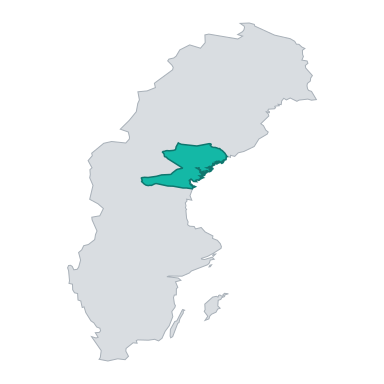 Sweden, with Västernorrland highlighted
{"feature_id": "SWE-191", "entity_name": "Västernorrland", "entity_type": "County", "adm_level": 1, "iso_a3": "SWE", "parent_name": "Sweden", "parent_adm1": "", "projection": "natural_earth1", "projection_center": [17.916, 63.083], "detail": "fine", "context": "in_parent", "style": "filled", "palette": "teal", "viewbox_px": 384, "rotation_deg": 0, "n_neighbors": 0, "source": "natural_earth", "source_scale": "10m", "svg_char_len": 9248}
<svg xmlns="http://www.w3.org/2000/svg" viewBox="0 0 384 384"><path d="M72.3,266.5L73.8,269.8L77.2,269.3L78.7,267.0L80.6,260.1L78.6,252.5L81.7,249.9L83.7,245.7L88.4,244.5L94.7,239.6L95.5,234.6L97.0,231.0L92.1,219.9L91.8,217.2L99.8,215.8L103.4,208.5L98.0,203.8L89.7,199.3L93.0,185.4L89.7,177.8L90.3,174.6L89.9,169.7L92.0,167.8L88.1,160.6L92.3,155.7L91.7,153.2L103.7,143.3L111.6,141.5L125.8,143.0L129.3,139.1L129.5,137.0L128.3,132.0L120.3,129.2L129.3,120.3L136.3,111.7L137.8,103.4L139.4,99.9L137.9,91.8L147.1,90.9L155.4,87.6L154.4,83.2L172.6,69.8L173.2,67.4L171.9,65.1L167.7,60.9L168.9,59.1L173.7,58.0L176.1,56.2L179.8,49.9L189.7,44.9L200.5,48.2L205.2,42.6L204.9,34.9L208.8,34.1L237.8,39.0L242.6,36.1L237.7,34.6L242.6,31.6L244.0,29.7L244.5,27.4L244.2,26.2L240.2,23.4L249.3,23.0L254.3,24.4L254.8,26.1L274.5,35.1L290.2,38.7L294.7,41.3L296.4,44.2L298.9,44.3L301.8,47.0L304.9,48.5L302.4,50.3L302.6,54.5L303.4,56.5L301.9,60.1L307.1,61.0L307.9,63.3L305.3,65.5L305.7,68.0L312.4,75.6L310.7,78.0L310.3,81.1L307.4,83.4L307.0,85.8L307.6,88.9L308.6,90.4L311.5,91.4L316.4,99.6L311.5,100.2L307.8,99.1L299.1,100.1L296.9,101.3L290.2,98.0L286.4,99.9L283.8,98.3L281.7,100.9L281.2,104.6L278.1,104.3L279.3,105.7L275.0,106.2L274.7,106.8L275.6,107.7L274.4,108.8L268.5,109.2L267.8,110.4L269.5,111.8L269.4,112.7L265.7,111.4L268.3,114.0L268.8,116.0L260.8,123.7L263.5,125.7L265.8,130.1L268.2,132.0L267.2,134.1L258.9,139.0L254.2,146.5L243.8,151.5L238.3,152.8L234.7,156.4L230.5,155.3L230.4,157.4L227.7,156.1L225.5,159.2L221.7,161.9L217.5,161.4L217.1,161.9L218.4,162.7L213.6,163.4L212.1,166.2L208.6,167.0L208.0,167.9L211.6,168.0L210.9,170.3L206.8,171.5L205.3,172.9L203.5,172.9L203.8,171.8L201.1,171.8L200.3,170.5L199.7,170.9L201.6,174.6L200.2,176.1L202.8,177.6L195.3,181.3L190.8,179.9L190.2,181.0L191.1,184.1L195.0,186.7L192.7,188.3L190.0,195.7L191.8,200.2L186.6,199.2L187.0,200.9L185.3,202.9L186.0,205.8L185.4,207.8L186.6,209.5L185.9,210.3L186.6,218.5L188.1,221.9L187.6,224.7L189.7,226.2L194.2,226.5L195.5,228.9L201.2,227.5L205.2,232.0L212.9,235.9L212.5,238.4L217.4,240.3L220.3,243.7L221.4,246.6L221.0,248.4L213.4,253.2L207.5,256.4L201.4,258.4L201.7,259.2L204.7,259.5L212.0,257.2L214.2,259.2L210.2,260.1L209.4,262.9L207.7,264.7L191.4,271.0L189.3,273.0L182.0,276.2L169.0,276.0L166.9,276.7L178.2,278.0L180.9,280.3L175.5,281.8L177.8,287.4L176.4,288.7L176.3,294.9L174.3,295.1L173.5,297.6L174.4,303.8L175.4,305.6L174.9,307.4L171.8,311.6L172.8,316.6L169.2,325.8L165.2,331.2L162.0,338.3L158.6,340.9L154.6,339.3L148.6,340.2L137.7,339.9L136.3,340.6L137.1,343.2L133.1,342.8L126.1,348.4L125.8,351.1L128.5,356.3L125.1,359.7L117.7,358.8L107.9,361.0L99.1,359.3L100.3,357.5L101.2,350.6L91.5,336.6L96.1,338.0L98.1,337.3L95.3,332.7L99.3,332.4L100.6,330.8L99.9,328.2L96.7,327.0L93.9,322.9L90.9,320.8L85.8,312.6L84.1,306.9L82.2,307.5L80.8,301.0L78.0,300.0L77.6,293.5L74.5,292.8L72.7,289.8L72.5,284.2L69.0,283.4L69.5,280.7L68.6,270.8L67.6,267.8L68.6,265.5L70.6,265.3L72.3,266.5ZM223.4,297.0L221.8,297.6L220.8,299.4L218.2,300.3L217.8,306.0L220.1,308.2L217.7,309.1L216.0,312.2L211.6,314.2L209.8,316.1L208.9,318.9L205.0,320.4L207.8,316.2L204.2,311.4L205.1,309.7L204.8,304.1L212.7,297.1L216.4,296.3L218.0,297.1L218.7,295.4L219.9,295.0L223.4,297.0ZM172.7,336.6L170.7,337.8L170.1,336.1L170.4,329.4L174.8,321.5L176.8,320.9L182.2,310.2L182.7,309.5L184.6,310.2L183.2,311.2L183.3,313.0L179.9,318.7L179.0,322.5L177.7,323.4L172.7,336.6ZM225.0,294.8L224.6,296.4L222.7,295.1L224.5,293.3L228.4,293.8L225.0,294.8ZM215.7,254.0L213.2,256.4L212.7,255.4L213.3,254.2L215.7,254.0ZM210.3,266.7L209.0,266.9L209.9,265.2L211.6,264.8L210.3,266.7Z" fill="#d9dde1" stroke="#a8b0b8" stroke-width="1"/><path d="M227.0,156.5L226.9,156.5L226.5,156.3L226.3,156.5L226.2,156.9L226.2,157.8L226.2,158.0L226.1,158.4L226.1,158.6L226.1,159.4L225.9,159.7L225.7,159.9L225.4,159.8L225.4,159.4L224.9,159.8L224.0,159.9L223.5,160.2L223.7,160.3L223.9,160.6L223.7,160.7L223.4,161.3L223.1,161.6L223.5,161.6L223.2,162.0L222.9,161.9L222.1,161.4L221.8,161.9L222.1,162.2L222.7,162.3L223.2,162.4L223.0,162.7L222.8,162.7L222.6,162.7L222.3,162.8L222.2,163.1L222.1,163.3L221.7,163.4L221.1,162.9L220.9,162.7L220.5,162.4L220.3,162.2L220.4,161.9L220.2,161.7L219.8,161.6L219.6,161.5L219.2,161.2L218.9,161.1L218.6,161.2L218.7,161.6L217.4,161.4L216.6,161.3L216.3,161.4L216.0,161.6L216.4,161.8L219.4,162.6L219.0,162.9L218.4,163.1L217.2,163.1L217.3,163.4L217.0,163.6L216.7,163.6L216.5,163.4L216.4,163.1L216.3,162.7L216.7,162.6L217.7,162.6L217.7,162.4L215.9,162.1L215.3,162.2L215.6,162.4L215.7,162.6L215.8,162.8L215.9,163.1L216.3,163.7L216.4,163.9L213.7,163.4L212.8,163.4L212.8,163.6L213.2,163.6L213.6,163.7L214.0,163.9L214.3,164.2L214.4,164.4L214.5,164.7L214.5,165.0L214.2,165.1L213.8,165.0L213.4,164.8L213.0,164.7L212.6,164.9L212.5,165.1L212.4,165.4L212.3,165.7L212.0,165.9L212.6,165.9L211.8,166.4L211.5,166.4L211.4,166.5L211.3,167.1L211.1,167.3L210.9,167.2L210.3,166.6L210.0,166.5L209.7,166.4L209.4,166.4L209.1,166.6L209.7,166.9L210.1,167.1L210.3,167.4L209.0,167.3L209.0,167.2L208.8,167.0L208.7,166.9L208.5,167.0L208.2,167.4L207.7,167.6L206.6,167.8L207.1,168.0L212.0,168.0L212.5,168.1L212.9,168.4L213.0,168.8L212.9,168.9L212.6,168.8L212.4,168.4L212.1,168.9L211.6,169.0L211.1,168.9L210.0,168.5L209.7,168.6L209.5,169.1L210.4,169.5L210.7,169.6L211.4,169.5L211.8,169.4L212.0,169.6L211.8,170.1L211.0,170.2L209.7,170.0L209.9,170.3L210.9,170.5L211.1,170.8L211.0,171.0L210.9,171.2L210.6,171.3L210.2,171.4L209.9,171.6L209.7,171.7L209.2,171.8L208.7,171.7L208.3,171.7L208.2,171.7L208.1,171.3L207.5,170.8L207.1,170.6L206.8,170.6L206.9,171.0L206.0,171.0L206.2,171.4L206.1,171.6L206.0,171.8L206.4,172.0L207.0,171.5L207.4,171.7L207.0,172.4L206.7,172.7L206.3,172.8L206.1,172.9L206.0,173.1L205.8,173.2L205.5,173.1L205.5,172.9L205.6,172.7L205.8,172.6L205.6,172.4L205.4,172.6L205.3,172.9L205.1,173.2L204.7,173.4L204.3,173.4L203.5,173.3L203.6,173.1L203.3,172.8L203.0,172.8L202.2,172.8L202.7,172.4L204.4,172.5L204.8,172.1L204.0,171.9L203.6,171.8L203.4,171.5L203.5,171.3L203.1,171.4L202.4,171.7L201.8,172.0L201.6,172.4L201.4,172.5L201.1,172.4L200.8,172.3L200.6,172.1L200.6,171.9L200.6,171.1L200.4,170.8L200.4,170.6L200.6,170.3L200.6,170.2L200.5,169.8L200.3,169.8L200.0,170.0L199.7,170.0L199.6,169.8L199.3,168.9L199.1,168.7L198.9,168.5L198.7,168.4L198.4,168.3L198.6,168.2L198.8,167.8L198.4,167.8L197.8,168.2L197.5,168.3L197.2,168.2L196.8,168.0L196.5,167.8L196.2,167.9L198.6,169.2L199.1,169.7L199.5,170.2L199.9,171.0L200.2,171.7L199.9,172.1L199.9,172.3L200.7,172.7L200.9,172.8L201.1,173.0L201.2,173.6L201.3,173.9L202.0,174.5L202.1,174.9L202.0,175.2L201.9,175.6L201.9,175.8L202.0,176.0L201.9,176.1L201.7,176.2L201.4,176.1L201.0,175.9L200.8,175.9L199.6,175.9L200.0,176.2L202.9,177.0L203.0,177.4L203.1,177.6L203.3,177.7L202.9,177.8L201.4,178.6L201.3,178.2L201.1,177.5L201.2,177.3L201.1,177.2L200.8,177.2L200.7,177.3L200.6,177.5L200.4,178.3L200.4,178.7L200.3,178.9L200.1,178.9L199.7,179.1L200.0,179.4L199.4,180.0L199.0,180.3L198.7,180.4L198.1,180.0L198.0,179.9L197.0,179.9L196.2,180.1L195.8,180.3L195.5,180.6L195.5,181.0L195.9,181.2L196.2,181.3L196.5,181.6L193.9,181.5L193.7,181.5L193.4,181.3L193.1,181.0L193.0,180.9L192.1,179.9L191.3,179.2L191.1,179.1L190.7,179.2L190.5,179.8L190.2,179.9L189.8,180.0L189.5,180.1L189.3,180.4L189.3,180.8L190.1,181.6L190.2,181.9L190.2,182.1L190.2,182.3L189.8,182.4L189.6,182.5L189.4,182.4L189.6,182.6L189.8,182.8L189.9,183.1L189.8,183.4L189.8,183.6L190.0,183.9L190.2,184.2L190.4,184.3L191.0,184.2L191.3,184.3L191.6,184.5L191.8,184.7L191.9,185.0L192.0,185.2L192.3,185.3L192.3,185.5L192.1,185.5L191.7,185.7L193.4,186.3L193.8,186.1L194.4,186.2L195.0,186.5L195.4,186.7L193.8,187.4L193.3,187.4L193.8,186.7L193.5,186.6L193.1,186.6L192.8,186.8L192.6,187.0L192.6,187.4L192.6,187.8L192.6,188.1L192.6,188.4L192.5,188.7L192.4,188.8L187.8,188.2L186.9,188.0L183.1,188.0L173.1,186.2L167.8,186.0L156.7,183.6L155.8,183.6L154.8,183.8L151.5,185.4L149.8,185.3L148.3,185.6L147.1,185.4L145.9,185.1L144.7,184.3L143.8,183.7L142.7,182.5L141.9,181.9L141.6,181.2L141.8,181.0L142.2,180.8L142.3,180.7L142.1,180.1L141.9,179.4L141.8,179.2L141.6,179.0L141.5,178.8L141.5,178.7L141.6,178.4L141.4,178.0L141.6,177.8L142.1,177.6L144.7,177.3L148.1,177.5L156.4,176.3L161.7,174.9L169.9,174.5L170.7,174.4L171.4,174.0L172.3,173.0L176.5,169.7L177.7,169.2L182.3,168.3L182.4,167.9L167.5,158.5L166.7,157.5L165.8,156.9L165.0,156.8L164.5,156.4L164.3,155.7L164.3,155.2L164.0,154.0L163.5,153.3L162.5,152.1L163.0,151.5L164.4,151.3L166.2,150.7L167.3,150.6L169.1,150.8L173.4,150.4L174.2,150.2L175.4,149.7L175.9,148.3L176.1,146.9L178.3,142.9L179.1,143.4L181.3,144.3L196.9,146.0L208.9,143.7L210.1,143.7L210.9,144.0L211.0,144.3L211.1,144.6L210.8,144.8L210.2,144.8L210.2,145.1L211.3,146.4L211.4,146.6L211.6,146.7L211.9,146.9L213.0,147.3L213.4,147.4L214.8,147.4L215.1,147.4L216.0,147.7L216.9,147.9L217.3,148.1L217.7,148.4L218.2,148.5L218.6,148.6L219.3,148.5L219.7,148.6L220.1,148.9L220.3,149.3L220.3,149.5L220.5,149.7L221.4,150.0L221.8,150.3L222.5,150.8L224.9,153.2L226.9,156.4L227.0,156.5ZM204.4,175.4L203.5,175.6L202.6,175.5L202.2,175.0L202.3,174.6L202.5,174.3L202.6,174.0L202.8,173.8L203.3,173.7L203.6,173.8L203.8,174.0L204.0,174.0L204.5,173.9L204.9,173.9L205.1,174.0L205.0,174.5L204.9,174.8L204.8,175.0L204.5,175.0L204.3,175.0L204.5,175.3L204.4,175.4Z" fill="#14b8a6" stroke="#0f766e" stroke-width="1.5"/></svg>